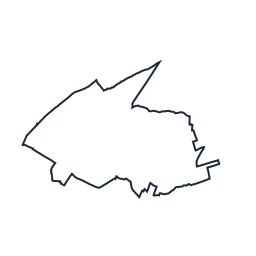 the district of Valeni, Vaslui, Romania, rotated 105°
{"feature_id": "2599482B38233755560354", "entity_name": "Valeni", "entity_type": "district", "adm_level": 2, "iso_a3": "ROU", "parent_name": "Romania", "parent_adm1": "Vaslui", "projection": "natural_earth1", "projection_center": [27.752, 46.755], "detail": "fine", "context": "isolated", "style": "outline", "palette": "slate", "viewbox_px": 256, "rotation_deg": 105, "n_neighbors": 0, "source": "geoboundaries", "source_scale": "gbopen_adm2", "svg_char_len": 5812}
<svg xmlns="http://www.w3.org/2000/svg" viewBox="0 0 256 256"><g transform="rotate(105 128 128)"><path d="M171.8,225.1L171.5,224.9L171.3,224.4L171.2,224.0L171.1,223.3L171.2,222.7L171.2,222.2L171.3,221.2L171.5,220.7L171.9,218.9L172.0,217.2L172.3,215.8L172.4,215.2L172.4,214.5L173.1,214.6L173.5,213.3L173.6,212.9L173.6,212.7L173.8,212.2L173.9,211.6L174.0,211.6L174.0,211.4L174.1,210.9L174.2,210.6L174.6,209.9L175.3,207.0L176.3,203.7L176.5,203.5L176.8,202.3L179.1,193.5L179.2,193.3L179.4,192.7L179.8,191.7L180.7,189.2L183.7,190.4L186.4,191.3L186.8,191.3L187.3,191.3L187.6,191.4L188.0,191.4L188.3,191.1L188.6,191.2L188.8,191.4L189.0,191.5L189.5,191.3L190.4,190.5L190.8,190.4L191.6,190.5L191.9,189.9L192.2,189.7L192.4,189.6L192.9,189.5L193.5,189.3L194.3,188.9L194.8,188.6L197.1,188.0L198.1,187.5L198.5,187.2L197.1,179.7L198.1,179.7L198.3,178.7L198.5,178.6L199.1,178.3L199.2,177.6L199.3,176.8L199.5,176.6L199.7,176.0L199.8,175.5L199.8,174.7L199.2,174.4L198.5,174.3L196.6,173.8L192.6,172.4L189.8,171.5L186.7,170.3L186.9,169.8L189.0,166.6L189.2,165.9L189.8,163.8L190.1,160.9L190.4,158.7L191.1,155.5L192.2,150.4L192.4,149.4L192.8,146.5L193.1,144.9L193.3,143.9L193.2,140.2L188.0,135.1L185.7,133.0L183.1,130.6L179.6,127.3L180.0,126.9L179.2,126.8L177.7,126.7L177.8,126.0L177.8,125.9L178.5,125.2L178.8,124.2L178.9,123.4L179.0,122.6L178.9,122.0L178.7,121.0L178.6,119.2L178.6,118.6L178.8,118.2L178.5,117.9L178.0,117.6L177.7,117.4L177.5,117.1L177.4,116.7L177.4,116.3L177.6,115.7L178.3,114.3L178.5,113.7L179.1,112.4L179.1,111.8L179.2,111.7L179.7,111.3L180.7,111.0L184.2,109.2L185.4,108.5L186.1,107.9L186.6,107.4L187.1,106.6L190.9,100.7L191.9,99.3L191.6,99.2L184.9,98.1L185.2,96.7L182.8,96.3L183.0,95.9L183.6,94.5L184.5,93.1L182.7,92.9L175.6,92.3L175.3,92.2L177.0,88.1L177.2,86.2L177.2,85.2L185.2,85.9L186.4,85.9L186.5,85.7L186.4,85.2L186.0,84.0L185.6,83.1L185.4,82.8L185.0,81.5L185.0,81.1L185.1,80.6L184.7,80.5L182.8,80.4L182.7,80.2L182.6,79.0L182.7,78.0L182.6,76.5L182.5,75.6L182.4,75.4L182.1,74.8L181.8,74.2L181.3,73.3L180.9,72.3L180.5,71.6L179.6,71.2L179.2,70.9L178.9,70.5L178.5,70.2L178.1,70.0L177.6,69.8L177.3,69.5L177.1,69.2L176.8,68.8L176.6,68.5L176.0,68.1L174.5,67.3L173.8,67.0L173.4,66.8L173.0,66.4L172.5,65.6L172.2,65.2L171.9,64.4L171.9,63.9L171.8,63.5L171.2,62.4L170.6,61.0L170.3,60.3L169.9,59.9L169.1,59.5L168.7,58.2L168.7,57.8L168.7,57.3L168.6,56.9L168.4,56.6L167.9,56.3L167.7,55.8L166.9,55.3L166.5,55.0L166.4,54.8L166.6,54.5L166.7,53.9L166.7,53.2L166.6,52.7L166.8,52.1L166.3,51.5L164.5,48.4L162.7,45.7L158.7,39.9L157.9,38.8L155.8,36.0L154.0,36.9L149.4,39.1L148.2,39.7L148.0,39.9L145.7,41.1L145.2,40.3L145.1,40.0L143.8,37.9L142.4,35.8L141.8,34.6L141.2,33.7L140.5,32.8L139.1,30.6L138.8,30.8L138.1,31.3L135.7,32.6L136.7,33.9L138.8,37.6L139.3,38.4L142.5,43.4L143.4,44.9L144.0,46.0L144.7,47.1L145.2,47.8L146.6,50.3L147.3,51.3L145.6,52.3L143.1,53.0L142.5,53.0L141.0,53.0L138.7,52.6L137.2,52.2L134.3,51.6L130.8,50.6L130.4,50.4L129.7,50.1L127.6,49.6L127.2,49.5L126.8,49.6L126.7,49.8L127.9,51.7L128.2,52.4L128.5,52.6L129.2,53.4L129.9,54.1L131.1,55.4L132.2,56.9L124.4,61.7L124.3,61.4L123.8,60.5L122.8,59.3L121.9,58.2L116.1,62.4L113.4,64.1L113.7,65.1L113.8,65.5L112.9,65.8L111.7,66.0L111.4,66.0L108.2,66.7L108.4,67.6L108.7,68.3L108.1,68.5L108.5,69.5L107.4,69.9L105.7,70.3L100.8,71.4L100.8,71.9L100.9,72.4L100.9,72.8L100.7,74.3L100.5,74.9L100.2,75.5L99.8,76.3L99.4,77.0L99.1,78.1L98.9,78.7L98.9,79.2L99.0,80.2L99.1,81.1L100.2,83.2L100.8,84.2L101.4,86.0L101.5,86.3L101.4,86.5L100.8,87.4L100.7,87.8L100.8,89.3L100.9,89.8L101.0,91.1L100.9,91.9L100.9,92.4L100.9,92.8L101.4,94.7L101.6,95.2L102.2,96.4L102.6,97.2L102.7,97.7L103.0,99.0L103.2,99.4L103.5,99.9L104.3,100.9L104.5,101.2L104.6,101.5L104.7,102.0L104.7,102.5L104.6,103.3L104.6,103.7L104.7,104.2L104.8,104.4L104.6,105.1L104.5,105.6L104.5,106.1L104.7,107.2L104.9,108.0L105.0,108.4L105.9,110.2L106.0,110.5L106.2,111.8L106.1,112.0L105.7,112.6L104.6,114.1L104.4,114.7L104.2,115.4L104.1,116.1L103.9,119.7L104.0,121.0L104.1,122.6L104.0,123.1L103.7,123.6L103.8,123.7L104.1,124.3L104.2,125.2L104.4,125.7L104.6,126.1L105.1,126.8L106.2,128.1L107.2,129.1L105.6,129.2L105.0,129.5L104.4,129.9L103.3,130.0L102.6,130.0L102.2,129.9L97.0,128.1L96.7,128.0L95.5,127.7L88.6,125.2L87.2,124.8L86.7,124.6L84.7,123.9L82.0,122.9L81.5,122.8L75.3,120.7L56.2,114.6L58.4,117.1L59.9,118.2L61.1,119.0L65.1,123.0L66.4,124.5L67.3,126.5L67.9,127.2L68.9,128.7L72.0,132.2L73.6,134.4L74.2,134.8L74.7,135.3L75.1,135.8L75.4,136.4L75.8,136.8L76.6,137.2L77.1,137.6L78.0,139.1L78.6,139.4L78.8,139.6L78.8,139.8L79.0,140.4L79.1,140.6L79.5,140.9L79.8,141.1L79.9,141.3L80.3,141.8L80.5,141.8L80.7,142.0L81.5,142.8L81.7,143.1L82.4,143.8L82.8,143.8L83.0,144.0L83.2,144.3L84.3,145.4L84.4,145.8L84.7,146.1L84.6,146.3L85.1,146.8L85.7,147.0L86.0,147.4L86.3,147.4L86.6,147.5L87.0,147.9L87.4,148.4L87.4,148.7L87.6,149.0L87.8,149.1L88.2,149.5L88.8,149.9L89.2,150.3L89.4,150.6L89.9,150.8L90.3,151.2L91.1,151.8L91.5,152.2L91.8,152.2L92.2,152.4L92.4,152.7L92.8,153.7L93.1,153.8L93.4,154.0L93.5,154.4L93.8,155.0L94.7,155.4L95.0,156.8L95.1,157.4L95.3,157.6L95.4,157.8L95.3,158.2L95.5,158.5L95.9,158.7L96.5,158.8L96.8,159.2L97.0,159.4L97.1,159.8L97.4,160.4L98.1,161.1L97.6,161.7L94.1,166.4L93.8,167.0L93.0,168.1L91.9,169.5L89.9,171.0L91.9,172.3L92.8,173.0L94.2,174.0L97.1,176.0L98.3,177.0L99.0,177.7L99.9,178.9L100.6,179.6L101.0,179.8L103.0,182.6L105.4,185.9L106.0,186.7L106.4,187.8L107.6,189.0L110.0,191.0L111.0,191.5L118.8,197.1L120.0,198.0L121.5,199.1L124.3,201.2L125.2,201.4L125.7,202.1L126.5,202.9L127.9,203.8L129.7,205.2L131.8,206.5L133.1,207.6L135.5,209.2L136.5,209.9L137.1,210.3L138.6,211.2L143.2,213.8L143.5,214.0L144.3,214.4L145.3,214.9L148.2,216.5L147.2,216.4L147.2,216.9L148.5,217.1L148.7,216.7L152.2,218.7L152.7,219.0L160.8,223.4L161.3,223.8L171.6,225.4L171.8,225.1Z" fill="none" stroke="#1e293b" stroke-width="2"/></g></svg>